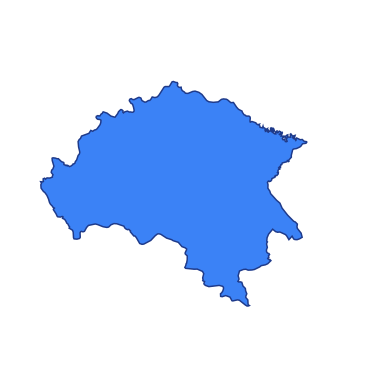 outline of Landak, Kalimantan Barat, Indonesia, rotated 226°
{"feature_id": "22746128B55433427549228", "entity_name": "Landak", "entity_type": "district", "adm_level": 2, "iso_a3": "IDN", "parent_name": "Indonesia", "parent_adm1": "Kalimantan Barat", "projection": "mercator", "projection_center": [109.722, 0.511], "detail": "fine", "context": "isolated", "style": "filled", "palette": "blue", "viewbox_px": 384, "rotation_deg": 226, "n_neighbors": 0, "source": "geoboundaries", "source_scale": "gbopen_adm2", "svg_char_len": 6046}
<svg xmlns="http://www.w3.org/2000/svg" viewBox="0 0 384 384"><g transform="rotate(226 192 192)"><path d="M70.5,154.4L71.7,154.1L72.6,154.6L75.6,157.2L78.7,157.4L79.7,158.4L80.7,160.7L83.6,161.9L85.6,163.4L89.1,163.4L92.4,165.1L93.6,164.5L94.9,163.1L95.8,162.9L96.4,164.9L97.1,165.6L99.7,167.0L102.2,171.3L100.5,175.3L99.0,177.1L96.8,178.1L94.3,180.9L92.9,183.1L91.1,188.6L90.9,190.7L88.7,194.1L87.8,196.6L87.8,201.1L89.2,201.1L89.4,200.6L89.8,200.8L90.8,200.2L91.7,200.4L91.6,201.9L93.0,202.7L93.1,204.3L94.3,204.6L95.0,204.1L96.4,203.9L97.8,204.5L98.8,205.6L99.8,207.7L102.8,209.5L103.5,210.6L103.7,211.6L104.7,211.6L107.0,214.3L107.4,215.3L108.5,217.8L109.2,224.2L105.4,224.6L103.5,225.7L102.5,227.1L101.5,227.7L96.4,229.7L94.5,229.6L90.4,228.6L90.7,233.3L87.6,232.5L86.3,233.0L84.7,234.5L83.6,236.9L82.9,239.8L86.6,241.9L92.7,242.5L94.2,243.5L95.7,245.5L98.6,245.5L100.3,244.8L108.9,244.7L117.8,245.6L122.9,247.5L127.3,247.1L136.2,247.4L138.6,248.6L142.0,249.2L144.5,251.8L146.5,252.9L146.8,254.5L146.5,254.9L145.8,254.9L145.1,256.1L145.4,257.9L146.2,258.8L145.3,261.0L145.7,262.5L145.2,262.4L145.6,264.0L144.9,264.6L145.1,266.5L145.9,267.5L146.1,267.0L146.6,266.9L146.7,267.8L147.7,268.7L148.0,270.1L147.6,270.9L149.2,271.1L149.3,272.5L148.1,272.3L148.0,272.5L148.5,273.1L149.1,273.2L149.3,274.1L149.9,274.9L149.4,275.7L150.2,277.1L147.9,281.2L148.4,282.5L147.9,282.8L146.9,282.5L146.7,283.0L147.7,283.8L148.0,287.6L149.4,288.9L152.3,293.5L152.5,294.3L152.2,295.2L150.7,297.3L149.5,300.7L149.3,301.9L149.9,305.0L147.9,307.8L148.0,309.0L148.6,309.4L150.6,307.9L153.2,307.8L154.4,306.2L158.2,304.8L158.3,304.1L157.1,303.1L157.0,302.5L158.6,302.9L160.0,302.1L161.1,302.2L161.2,302.6L160.1,303.7L161.1,305.5L162.3,303.2L165.2,303.5L165.3,302.8L162.9,301.0L164.8,299.3L165.5,299.4L166.6,300.6L167.0,299.7L167.0,297.8L166.6,296.9L166.0,296.6L165.1,297.8L164.8,297.8L164.4,296.4L162.4,295.7L162.4,295.1L163.4,294.2L165.5,295.1L165.9,294.9L166.2,293.8L167.6,294.0L168.0,294.9L167.7,297.0L167.9,297.3L170.3,294.9L171.8,298.1L172.4,298.3L172.6,297.7L171.8,295.8L172.5,294.8L172.9,294.9L172.5,296.1L172.6,296.8L173.9,297.5L175.2,297.0L175.0,295.2L175.4,294.5L176.0,294.6L176.7,295.6L177.0,295.3L177.0,293.4L175.6,292.6L176.5,291.8L179.2,291.4L178.6,293.7L180.8,294.7L181.5,294.7L181.8,294.4L180.2,293.1L180.0,292.1L180.2,291.4L180.8,291.6L182.0,293.5L183.2,293.5L183.3,292.8L181.5,291.5L181.5,290.4L182.0,289.7L183.9,290.4L182.4,289.3L182.0,288.6L182.8,288.2L183.8,289.3L184.6,287.0L185.0,287.3L184.7,289.3L185.2,290.3L186.0,287.8L186.9,288.7L187.6,288.7L188.6,288.0L190.0,288.8L189.2,287.3L191.2,285.9L192.5,286.7L193.6,286.7L193.9,287.6L194.7,286.1L196.4,285.7L197.4,286.0L201.1,284.1L201.8,282.5L202.7,282.9L204.7,285.3L205.8,285.9L207.0,285.7L209.0,283.7L209.9,283.8L211.5,283.1L214.4,283.6L215.4,284.2L219.2,282.9L222.0,283.0L227.6,284.0L229.3,282.0L233.5,281.6L234.8,281.2L237.1,279.3L238.2,277.5L238.6,273.5L241.7,269.6L245.2,266.8L247.6,266.1L255.3,266.9L258.9,266.2L262.4,264.3L263.8,262.4L265.7,257.6L267.6,255.9L269.1,256.0L271.8,255.4L273.8,256.1L274.9,257.0L276.1,255.5L277.1,255.2L278.4,255.3L278.7,255.4L279.9,257.1L281.0,257.4L282.0,256.5L284.5,255.3L285.1,254.1L283.9,249.9L283.8,248.7L286.5,245.9L286.8,244.6L284.7,235.8L284.5,233.6L284.7,232.6L285.7,230.9L288.0,229.4L287.3,226.8L287.2,225.3L288.1,224.1L288.7,221.4L289.5,220.4L292.6,219.5L295.1,220.5L296.7,219.8L297.2,219.2L298.7,214.5L299.8,213.5L301.3,213.2L301.9,212.1L301.8,211.2L301.2,210.3L298.1,209.7L297.4,210.1L296.2,210.1L293.6,208.8L290.9,207.1L290.3,206.1L290.4,205.1L290.9,204.3L292.3,203.4L293.0,202.5L295.1,201.7L296.4,199.2L296.5,197.6L297.3,197.6L298.4,198.8L300.1,198.6L300.8,197.9L300.8,194.9L300.0,193.0L299.3,188.5L303.0,186.4L307.7,185.7L311.2,183.9L311.4,183.6L310.9,182.0L311.2,180.7L310.7,178.6L311.6,177.7L312.3,177.4L312.9,175.8L312.4,174.9L311.1,174.5L309.8,174.7L308.1,176.1L306.9,176.4L305.3,174.6L304.3,172.7L303.4,167.6L303.6,166.1L304.3,165.0L304.7,162.7L306.6,162.0L305.8,158.6L309.0,151.4L308.0,149.0L308.1,147.2L307.4,145.1L303.2,141.7L299.3,139.4L298.2,138.5L297.5,137.1L297.4,135.5L295.2,131.3L294.9,129.2L294.1,127.8L294.3,126.5L294.8,125.9L294.5,125.3L294.7,123.2L295.3,121.6L297.5,121.1L297.5,120.4L298.4,120.4L298.6,119.7L299.7,119.5L300.3,119.0L301.1,119.1L301.6,119.9L302.4,120.2L304.5,119.2L308.8,119.0L309.6,118.1L311.4,117.2L313.2,115.7L313.5,114.8L311.7,113.3L306.5,110.6L305.2,107.9L305.2,106.4L304.6,105.3L303.8,104.3L301.0,104.0L300.3,102.4L299.7,101.9L300.8,99.4L302.8,97.5L303.1,96.5L302.9,95.6L304.4,95.4L304.4,94.9L304.9,94.3L304.0,93.2L302.8,92.4L303.1,91.5L304.5,90.3L302.9,89.9L302.2,88.3L299.6,86.1L295.5,85.5L294.0,85.8L290.4,85.3L286.8,84.0L283.4,82.2L281.5,81.7L278.9,81.7L277.4,81.4L276.0,81.8L275.9,80.3L275.6,80.0L270.9,79.1L268.0,78.1L267.4,78.2L265.4,79.9L264.6,81.6L264.0,82.0L263.5,81.7L263.0,80.6L260.7,81.4L258.2,80.9L256.7,80.3L255.1,80.5L253.3,79.8L252.1,79.8L251.7,79.5L251.4,78.5L247.5,79.5L245.7,78.7L241.4,75.0L240.2,74.6L238.0,76.5L236.7,78.9L237.1,80.2L240.4,83.1L240.8,84.4L240.5,85.1L239.1,85.9L238.4,87.3L239.7,91.5L239.9,94.3L236.2,100.2L234.1,101.5L228.8,103.9L225.6,106.2L224.7,107.7L224.7,110.9L223.5,113.9L221.3,115.9L214.7,119.3L213.0,118.7L211.2,118.8L209.6,119.5L209.0,120.6L206.7,120.7L206.3,120.0L200.8,119.6L200.0,120.4L198.0,120.3L191.3,118.6L189.1,119.7L188.0,121.2L185.8,128.7L186.1,135.1L185.8,138.0L184.9,139.2L183.2,140.2L176.5,141.7L171.9,144.2L170.1,144.6L165.3,147.2L159.7,146.8L156.6,148.3L154.8,148.6L154.2,147.9L153.1,145.0L152.6,144.4L152.0,144.1L149.3,144.2L146.6,141.5L144.5,138.6L144.6,138.2L143.4,136.3L142.7,134.4L141.5,134.4L135.0,139.9L132.9,142.2L127.6,144.4L125.1,143.7L122.8,140.0L121.2,139.0L121.0,138.3L120.3,138.2L118.9,138.9L117.9,137.0L117.0,136.6L115.4,136.8L112.2,138.4L105.9,146.7L102.9,148.5L101.6,148.4L100.5,147.4L99.3,145.2L98.9,143.2L99.0,141.8L97.0,140.1L95.7,141.0L94.2,144.1L93.5,144.6L90.0,146.3L86.1,145.2L85.3,145.7L82.8,149.8L81.2,150.9L73.5,151.9L71.7,152.4L70.8,153.5L70.5,154.4Z" fill="#3b82f6" stroke="#1e3a8a" stroke-width="1.5"/></g></svg>